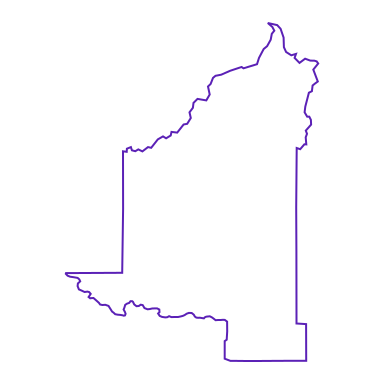 Elmore, Idaho, United States of America
{"feature_id": "52423323B11139746059105", "entity_name": "Elmore", "entity_type": "district", "adm_level": 2, "iso_a3": "USA", "parent_name": "United States of America", "parent_adm1": "Idaho", "projection": "equal_earth", "projection_center": [-115.613, 43.433], "detail": "fine", "context": "isolated", "style": "outline", "palette": "violet", "viewbox_px": 384, "rotation_deg": 0, "n_neighbors": 0, "source": "geoboundaries", "source_scale": "gbopen_adm2", "svg_char_len": 2343}
<svg xmlns="http://www.w3.org/2000/svg" viewBox="0 0 384 384"><path d="M314.4,60.7L310.3,60.6L305.1,58.7L299.5,62.9L294.6,57.9L296.0,53.9L291.3,55.3L286.1,52.0L283.9,47.2L283.6,37.6L280.6,28.8L277.2,25.1L267.8,23.0L272.3,26.9L274.3,30.7L271.8,33.8L270.7,39.7L267.1,46.2L263.7,49.0L259.0,57.9L257.0,64.2L243.5,68.3L241.5,67.0L230.1,70.8L221.2,74.7L215.5,75.8L213.0,77.9L210.6,84.0L208.0,86.5L209.7,94.5L206.3,100.4L197.5,98.9L193.5,102.9L192.9,107.8L189.5,112.3L190.8,118.0L187.2,123.8L183.6,124.5L177.2,132.6L171.5,131.9L170.7,135.5L166.1,138.3L163.0,136.4L157.8,139.4L151.2,147.8L148.0,147.1L142.4,151.4L138.3,149.4L135.3,151.2L131.9,150.3L130.9,147.1L126.9,148.7L126.7,151.8L123.0,151.3L123.1,208.8L122.2,272.8L66.0,273.1L65.8,273.8L67.6,275.7L70.1,276.7L73.6,277.2L77.6,277.9L79.3,279.4L80.2,281.3L79.2,282.3L77.9,283.4L77.6,286.1L78.9,289.4L81.2,290.4L84.6,292.0L87.5,291.6L89.2,292.1L90.7,293.9L89.5,295.7L88.6,297.0L90.2,298.3L91.6,298.1L93.5,298.0L97.0,301.1L98.9,302.8L100.1,304.5L102.3,305.0L105.3,304.8L108.5,305.9L110.6,309.2L112.1,311.6L113.5,312.6L115.2,314.2L117.8,314.7L120.3,314.9L122.6,315.3L123.8,315.7L125.0,315.4L125.6,313.8L124.9,311.9L123.6,309.5L124.4,307.6L125.2,304.9L126.9,303.7L129.2,302.9L130.5,301.2L132.2,301.2L133.0,301.9L134.2,304.4L136.5,306.2L138.8,306.0L140.7,304.7L142.7,305.1L144.5,308.1L147.6,309.3L150.0,309.0L152.1,308.5L154.6,308.4L157.1,308.4L159.3,309.5L159.5,312.1L158.1,313.5L159.7,315.9L162.0,316.9L165.3,317.4L167.3,317.2L169.1,316.2L171.4,317.1L174.4,317.0L178.1,317.0L180.9,316.4L182.8,315.9L184.6,315.1L186.7,313.7L188.9,312.9L191.7,313.0L193.8,314.7L194.8,316.5L196.3,317.6L198.1,317.8L199.7,317.7L201.6,318.0L203.4,318.3L204.0,318.3L204.6,317.5L205.6,316.9L206.7,316.6L209.8,316.3L211.8,317.3L213.6,318.6L215.6,320.2L218.0,320.0L220.7,320.0L223.0,319.8L224.8,319.9L227.1,321.6L227.2,331.5L226.7,339.7L224.7,341.1L224.7,356.2L224.7,358.7L230.5,360.9L237.2,360.9L246.3,361.0L256.9,361.0L271.8,360.9L289.2,360.8L301.9,360.8L306.2,360.8L306.1,324.1L296.5,323.5L296.4,251.2L296.2,207.4L296.7,148.0L300.2,149.2L304.4,144.3L306.3,144.4L305.7,137.3L307.0,133.8L305.8,130.6L311.1,124.6L310.9,119.9L309.3,116.7L307.2,116.7L304.6,112.3L305.3,106.6L308.9,92.7L311.9,91.2L312.6,85.5L314.8,83.7L317.8,81.5L313.3,69.6L318.2,63.5L316.7,61.4L314.4,60.7Z" fill="none" stroke="#5b21b6" stroke-width="2"/></svg>